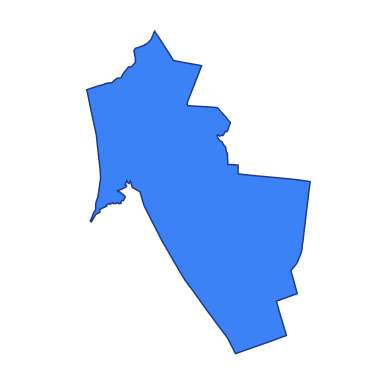 Beuca, Teleorman, Romania (Robinson projection), rotated 98°
{"feature_id": "2599482B48947816929504", "entity_name": "Beuca", "entity_type": "district", "adm_level": 2, "iso_a3": "ROU", "parent_name": "Romania", "parent_adm1": "Teleorman", "projection": "robinson", "projection_center": [24.967, 44.261], "detail": "fine", "context": "isolated", "style": "filled", "palette": "blue", "viewbox_px": 384, "rotation_deg": 98, "n_neighbors": 0, "source": "geoboundaries", "source_scale": "gbopen_adm2", "svg_char_len": 5860}
<svg xmlns="http://www.w3.org/2000/svg" viewBox="0 0 384 384"><g transform="rotate(98 192 192)"><path d="M105.4,310.4L113.1,307.6L120.9,304.9L148.5,294.8L152.3,293.8L161.2,291.6L182.6,286.1L191.2,284.4L210.5,284.5L213.5,285.3L214.2,285.3L217.3,285.7L223.0,284.9L224.5,285.8L227.0,286.7L231.6,287.7L234.9,288.7L235.6,287.6L227.7,284.2L224.8,280.4L222.8,281.0L220.9,279.2L218.0,274.6L217.1,275.0L215.2,273.1L215.6,271.7L213.6,268.7L214.4,268.2L213.9,265.4L212.8,264.4L213.8,262.8L213.2,260.7L212.3,261.2L210.6,260.3L209.9,258.6L206.6,257.5L205.6,257.7L202.0,263.4L201.8,265.5L201.1,266.1L199.8,263.4L197.5,259.8L195.9,257.9L194.5,257.8L194.0,259.3L190.0,258.1L191.8,256.7L192.4,255.6L189.9,254.4L195.8,251.7L199.0,243.6L212.3,237.5L223.8,229.5L244.3,215.1L248.5,211.8L264.8,199.1L268.2,196.3L269.6,195.3L272.2,193.2L273.7,192.0L275.4,190.6L277.0,189.4L278.6,188.0L279.9,187.0L280.6,186.3L282.6,184.4L284.4,182.6L285.7,181.4L287.4,179.5L289.2,177.8L291.5,175.6L295.2,172.1L297.0,170.3L299.1,168.4L300.6,167.0L301.9,165.7L304.2,163.5L307.7,160.2L308.9,159.0L310.4,157.5L313.6,154.2L313.8,154.1L314.1,153.8L315.5,152.5L316.2,151.8L317.0,151.0L318.1,150.0L319.2,148.9L320.1,147.9L320.7,147.3L321.9,146.1L322.5,145.5L323.4,144.6L324.7,143.3L325.3,142.7L325.7,142.3L326.6,141.5L327.0,141.1L328.3,139.7L329.0,139.0L329.9,138.2L330.6,137.5L331.1,137.0L332.1,136.2L332.7,135.8L333.5,135.2L335.0,134.1L336.2,133.3L337.2,132.6L338.1,132.0L338.7,131.5L339.9,130.6L340.9,129.9L342.6,128.8L343.9,128.0L345.2,127.0L346.0,126.5L343.6,121.7L341.5,117.9L340.0,114.8L338.3,111.5L336.6,108.3L334.5,104.1L331.9,99.2L327.4,90.6L325.8,87.7L322.9,82.2L321.0,78.5L318.9,79.4L317.8,79.9L316.9,80.3L315.7,80.9L314.9,81.3L313.6,81.8L311.7,82.7L310.1,83.5L308.4,84.2L306.7,85.0L305.2,85.7L303.6,86.5L302.9,86.8L301.1,87.6L299.9,88.1L298.6,88.7L297.4,89.3L296.0,89.9L295.3,90.1L293.0,91.2L292.4,91.4L291.8,91.7L290.6,92.2L289.6,92.7L288.4,93.3L287.8,92.2L287.4,91.3L286.8,90.1L286.2,89.1L285.3,87.4L284.5,86.1L283.9,84.7L283.3,83.6L282.2,81.6L281.7,80.7L280.9,79.1L279.8,77.1L279.5,76.6L278.0,73.6L273.2,75.7L268.1,77.9L263.2,80.0L261.4,80.8L257.6,82.5L257.0,82.7L256.5,83.0L256.2,83.2L254.6,82.2L248.9,78.8L246.6,77.8L238.9,75.9L237.1,75.5L233.9,75.1L232.9,75.2L231.5,75.2L228.3,75.4L227.6,75.3L226.9,75.3L226.0,75.3L223.9,75.3L222.2,75.4L219.9,75.4L217.8,75.5L214.7,75.5L211.6,75.6L208.9,75.6L205.6,75.7L202.7,75.8L199.3,75.9L196.5,76.0L194.4,76.0L191.2,76.0L188.4,76.1L185.8,76.1L182.6,76.2L180.3,76.2L176.8,76.3L173.8,76.4L172.0,76.4L169.8,76.4L167.3,76.4L165.3,76.4L165.2,87.3L165.3,92.3L166.1,111.5L166.9,127.9L167.3,136.9L167.5,142.1L167.5,149.0L158.9,150.1L159.3,155.2L159.5,157.8L159.8,160.3L152.8,161.6L148.7,162.3L147.9,163.1L147.4,163.5L147.1,163.7L146.5,164.0L145.7,164.1L144.6,164.4L143.7,164.7L143.1,165.0L142.3,165.7L141.1,166.9L140.5,167.5L139.9,168.0L139.2,168.5L138.4,169.0L138.1,169.4L137.8,170.0L137.7,170.3L137.6,170.9L137.5,171.3L137.1,171.9L136.4,172.5L135.9,173.0L135.3,173.5L134.5,174.0L133.6,174.5L132.6,175.1L132.3,175.0L132.1,174.9L132.0,174.6L131.9,174.4L132.0,174.1L132.1,173.7L132.3,173.4L132.3,173.0L132.4,172.7L132.6,172.5L132.9,172.2L132.2,171.4L131.5,170.6L131.8,170.2L131.8,169.9L131.9,169.6L131.8,169.3L131.6,169.2L131.0,168.9L129.7,168.3L128.1,167.6L127.4,167.3L127.5,167.1L127.5,166.7L127.4,166.3L127.3,166.1L126.9,165.7L126.4,165.4L125.9,165.2L125.3,165.0L124.6,164.8L123.9,164.7L123.2,164.7L122.0,164.5L121.3,164.4L120.5,164.2L119.4,163.8L118.8,163.7L118.5,163.7L118.3,163.7L118.1,163.7L117.7,164.0L117.2,164.3L117.0,164.6L116.8,165.0L115.1,166.9L111.9,170.4L110.8,171.7L108.6,174.3L107.0,176.1L105.7,177.6L105.5,177.9L105.0,178.6L105.0,180.0L105.1,181.6L105.2,183.7L105.4,186.6L105.6,189.1L105.9,193.0L106.1,195.6L106.6,201.6L107.0,208.0L106.9,208.6L105.3,208.9L104.1,209.0L103.4,209.0L100.9,208.4L98.9,207.9L93.7,206.7L90.7,205.9L85.4,204.7L83.1,204.2L81.0,203.7L78.9,203.2L75.7,202.4L73.6,201.9L69.6,201.0L67.7,200.5L65.7,200.0L65.6,201.0L65.4,203.5L65.2,209.7L65.1,212.1L65.0,216.7L64.8,220.5L64.6,223.7L64.5,226.8L64.4,228.7L62.5,230.2L61.1,231.3L58.6,233.4L55.4,236.2L54.7,236.8L53.7,237.6L52.8,238.4L51.2,239.8L49.8,241.0L49.2,241.5L48.7,241.9L48.1,242.5L47.4,243.0L45.7,244.5L45.2,245.0L44.3,245.8L43.7,246.3L43.2,246.7L42.0,247.8L41.8,248.0L41.1,248.6L40.3,249.4L39.9,249.8L39.3,250.3L38.6,250.9L38.4,251.1L38.0,251.3L38.6,251.6L38.9,251.8L39.3,251.9L39.7,252.0L40.1,252.1L40.6,252.2L41.1,252.2L42.0,252.3L42.4,252.4L42.6,252.5L42.8,252.7L43.1,252.8L43.5,252.9L44.4,253.1L45.2,253.3L45.8,253.5L46.5,253.8L47.2,254.2L47.8,254.6L48.5,255.0L49.1,255.5L49.8,256.0L50.7,256.8L50.9,256.9L51.2,257.1L51.5,257.4L51.7,257.8L52.1,258.6L52.5,259.1L52.9,259.6L53.2,259.9L53.7,260.3L54.0,260.8L54.5,261.7L55.2,263.0L55.9,264.3L56.3,265.2L56.8,266.3L57.2,267.4L57.4,267.7L57.6,268.0L57.8,268.2L58.0,268.3L58.5,268.4L58.9,268.6L59.5,269.0L60.1,269.1L60.5,269.1L61.3,268.9L61.6,268.8L62.2,268.4L62.6,268.2L63.2,268.1L64.0,267.8L65.4,267.4L65.8,267.3L66.0,267.3L66.4,267.0L66.8,266.9L67.8,266.5L68.2,266.5L68.7,266.5L69.2,266.4L70.0,266.3L70.5,266.2L70.8,266.2L71.2,266.3L72.0,266.5L72.7,266.9L73.3,267.3L73.8,267.7L74.5,268.0L75.1,268.4L75.6,268.8L76.1,269.2L76.4,269.5L76.7,270.1L76.9,270.7L77.0,271.0L76.9,271.2L76.8,271.5L76.6,271.6L76.9,272.0L77.3,272.4L77.8,272.7L78.4,273.0L79.1,273.5L79.7,273.7L80.7,274.3L81.5,274.9L82.1,275.4L82.9,275.8L83.8,276.3L84.6,276.6L85.8,277.1L86.5,277.4L87.4,277.5L88.1,277.7L88.5,277.8L88.7,278.0L88.9,278.3L89.1,279.0L89.3,279.8L89.4,280.6L89.4,280.9L89.6,281.3L90.0,282.1L90.3,282.5L91.2,283.3L91.9,284.1L92.8,284.9L93.6,285.5L94.7,286.3L94.9,286.4L95.1,286.6L95.1,286.9L95.2,287.5L95.4,288.8L95.6,289.6L95.8,290.3L96.0,291.0L96.4,291.9L97.1,293.3L98.5,296.0L99.7,298.8L100.4,300.3L101.8,303.2L102.4,304.4L103.0,305.7L103.5,306.6L103.9,307.5L105.4,310.4Z" fill="#3b82f6" stroke="#1e3a8a" stroke-width="1.5"/></g></svg>